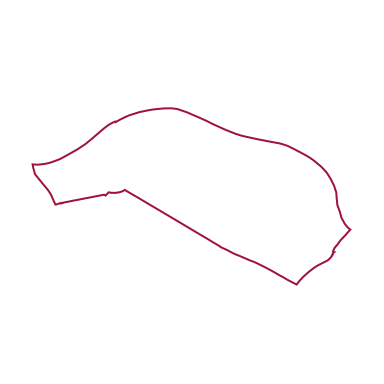 Zwijndrecht, Zuid-Holland, Netherlands, rotated 186°
{"feature_id": "6326949B25601261343635", "entity_name": "Zwijndrecht", "entity_type": "district", "adm_level": 2, "iso_a3": "NLD", "parent_name": "Netherlands", "parent_adm1": "Zuid-Holland", "projection": "natural_earth1", "projection_center": [4.609, 51.824], "detail": "fine", "context": "isolated", "style": "outline", "palette": "rose", "viewbox_px": 384, "rotation_deg": 186, "n_neighbors": 0, "source": "geoboundaries", "source_scale": "gbopen_adm2", "svg_char_len": 5002}
<svg xmlns="http://www.w3.org/2000/svg" viewBox="0 0 384 384"><g transform="rotate(186 192 192)"><path d="M30.6,171.1L32.4,172.3L33.0,172.8L33.7,173.3L34.7,174.3L35.4,174.9L35.9,175.4L36.4,176.0L36.7,176.3L37.3,177.2L40.6,181.8L43.0,188.0L46.1,194.3L46.4,195.7L46.6,196.9L47.4,200.6L48.5,206.8L50.1,210.2L51.2,212.8L51.3,213.0L55.3,219.3L59.1,224.2L59.7,224.9L60.3,225.6L60.7,226.0L62.0,227.1L63.7,228.6L65.1,229.8L65.6,230.3L66.1,230.6L67.5,231.6L68.4,232.2L70.0,233.2L72.1,234.7L74.4,236.2L75.6,236.9L76.2,237.2L77.5,237.9L78.4,238.4L78.6,238.5L81.0,239.6L82.7,240.4L83.0,240.5L85.6,241.6L88.2,242.7L89.0,243.0L92.1,244.2L95.0,245.4L95.9,245.7L98.1,246.5L100.4,247.4L101.5,247.8L104.1,248.4L106.0,248.8L108.0,249.2L108.8,249.3L110.1,249.5L123.1,250.5L126.1,250.8L130.9,251.2L135.9,251.7L139.3,252.1L143.1,252.5L148.0,253.1L151.2,253.7L153.5,254.2L154.8,254.4L157.1,255.1L159.3,255.7L165.3,257.4L169.9,258.9L171.6,259.5L173.7,260.2L175.9,260.9L176.6,261.1L178.5,261.8L181.0,262.7L183.1,263.5L184.5,264.1L185.1,264.3L186.1,264.6L187.9,265.2L189.1,265.6L193.1,266.9L200.9,269.3L201.5,269.5L204.8,270.6L208.7,271.5L215.4,273.0L221.1,273.1L228.6,272.2L233.6,271.2L239.8,269.9L245.3,268.3L252.8,265.9L258.0,263.6L262.2,261.8L266.5,259.4L271.5,256.2L275.2,253.5L275.7,254.1L278.2,252.6L278.9,252.1L279.9,251.5L280.7,250.9L282.3,249.7L283.1,249.0L285.1,247.1L285.8,246.4L286.7,245.5L288.2,244.0L290.3,241.7L294.4,237.4L294.6,237.2L295.6,236.1L296.4,235.2L297.5,234.1L300.5,231.1L302.8,228.7L310.7,222.2L317.7,217.2L326.6,211.0L335.0,206.8L337.8,205.7L341.5,204.5L346.3,203.4L349.9,202.9L353.4,202.8L352.4,199.4L351.2,196.5L350.0,193.4L349.9,193.2L343.8,187.1L343.6,186.9L342.7,186.0L341.5,184.8L340.4,183.8L340.1,183.5L340.0,183.3L337.5,181.0L335.9,179.3L334.8,178.2L334.5,177.9L333.5,176.5L332.5,175.4L332.2,174.9L331.5,173.8L331.3,173.5L330.7,172.4L330.0,171.1L329.1,169.6L328.3,168.1L327.3,166.6L326.7,165.5L326.5,165.2L325.8,165.4L325.5,165.5L324.8,165.8L324.2,166.1L323.6,166.4L323.1,166.6L322.7,166.7L322.3,166.9L321.8,167.1L321.3,167.3L321.2,167.0L320.8,167.2L320.4,167.3L320.5,167.4L320.0,167.6L319.4,167.8L318.7,168.0L316.6,168.7L313.4,169.6L311.1,170.4L306.7,171.7L304.4,172.4L298.2,174.3L293.6,175.7L289.0,177.1L285.1,178.3L282.8,179.0L279.2,180.1L278.3,179.7L277.7,179.4L277.5,179.5L277.4,179.6L277.3,179.8L277.2,179.9L277.0,180.2L276.5,180.9L276.5,181.0L275.7,181.7L275.6,181.9L275.4,182.2L275.1,182.7L274.8,183.0L274.3,182.9L274.1,182.9L273.9,182.9L273.5,182.9L272.9,182.8L272.7,182.8L272.3,182.8L272.0,182.8L271.8,182.8L271.6,182.8L271.4,182.9L271.2,182.9L270.9,182.9L270.7,182.9L270.3,182.9L270.2,182.9L269.9,182.9L269.7,183.0L269.3,183.0L268.5,183.1L268.4,183.1L268.2,183.2L267.8,183.2L267.6,183.3L267.3,183.3L267.1,183.4L266.9,183.4L266.7,183.5L266.3,183.6L266.1,183.6L265.9,183.7L265.3,183.8L265.2,183.9L264.8,184.0L264.6,184.1L264.3,184.1L264.1,184.2L263.9,184.3L263.7,184.4L263.5,184.5L263.3,184.5L263.1,184.6L262.4,184.9L262.2,185.0L261.9,185.2L261.7,185.3L261.3,185.4L261.2,185.5L260.8,185.7L260.6,185.8L260.3,186.0L260.1,186.2L259.7,186.5L259.1,187.1L258.1,186.6L255.1,185.2L247.6,181.8L247.3,181.7L244.6,180.5L234.9,176.0L228.5,173.1L223.5,170.8L221.5,169.9L221.2,169.7L216.6,167.6L214.1,166.5L208.5,163.9L208.0,163.7L206.4,163.0L205.7,162.6L204.8,162.2L203.9,161.8L203.2,161.5L202.5,161.1L201.5,160.7L200.6,160.3L199.9,159.9L198.5,159.3L197.5,158.8L196.8,158.5L196.2,158.3L195.3,157.8L193.1,156.8L187.0,154.0L182.9,152.1L181.4,151.4L180.0,150.8L174.3,148.2L171.7,147.0L166.1,144.3L164.8,143.7L163.9,143.3L163.2,143.0L160.6,141.8L158.6,140.9L158.1,140.6L158.0,140.4L157.9,140.3L157.6,140.1L155.0,139.3L154.2,139.0L153.6,138.8L153.1,138.6L152.4,138.4L152.0,138.3L151.0,137.9L150.5,137.8L150.0,137.6L149.6,137.4L149.1,137.2L148.3,136.8L148.2,136.8L148.0,136.7L147.2,136.4L146.2,136.0L145.0,135.5L144.1,135.2L143.2,134.9L142.9,134.8L141.7,134.4L139.8,133.9L138.0,133.4L134.8,132.4L126.5,129.8L124.8,129.4L123.0,128.9L121.6,128.5L121.4,128.4L120.7,128.2L118.8,127.5L117.4,127.0L114.0,125.7L111.2,124.7L103.9,121.7L100.9,120.4L99.2,119.6L96.0,118.2L93.1,117.0L91.2,116.2L88.9,115.1L87.4,114.5L86.7,114.2L83.2,112.8L78.3,110.9L78.1,111.2L77.1,112.9L75.5,115.3L74.2,117.0L72.8,118.9L72.7,118.9L72.3,119.4L72.0,119.8L70.5,121.4L69.5,122.6L68.2,124.0L66.9,125.4L65.0,127.1L63.5,128.6L61.9,130.0L60.0,131.5L59.3,132.0L58.6,132.5L56.0,134.2L53.2,136.0L52.7,136.3L51.1,137.4L50.4,137.8L48.9,139.1L48.9,139.3L48.2,140.1L47.8,140.5L47.1,141.5L46.5,142.4L46.2,143.1L45.9,143.7L46.0,143.7L45.5,144.6L45.7,144.8L45.4,145.3L45.5,145.5L45.1,146.0L44.8,146.5L44.4,146.9L44.6,146.9L45.0,146.9L45.0,147.3L45.6,147.5L45.3,148.5L45.2,148.8L45.1,149.1L44.9,149.8L44.8,150.2L44.7,150.4L44.5,150.8L44.4,151.1L44.3,151.4L44.1,151.6L43.8,152.0L43.6,152.4L43.5,152.6L43.3,153.1L42.8,153.4L42.3,154.2L41.7,155.2L41.1,156.2L40.8,156.8L40.6,157.1L40.0,158.2L39.0,159.8L38.5,160.5L37.8,161.3L36.4,163.2L34.4,165.8L33.1,167.7L32.0,169.2L31.9,169.4L30.6,171.1Z" fill="none" stroke="#9f1239" stroke-width="2"/></g></svg>